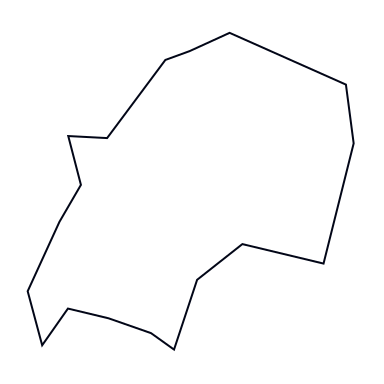 outline of Marikina, rotated 3°
{"feature_id": "PHL-5550", "entity_name": "Marikina", "entity_type": "Highly Urbanized City", "adm_level": 1, "iso_a3": "PHL", "parent_name": "Philippines", "parent_adm1": "", "projection": "natural_earth1", "projection_center": [121.115, 14.636], "detail": "fine", "context": "isolated", "style": "outline", "palette": "ink", "viewbox_px": 384, "rotation_deg": 3, "n_neighbors": 0, "source": "natural_earth", "source_scale": "10m", "svg_char_len": 381}
<svg xmlns="http://www.w3.org/2000/svg" viewBox="0 0 384 384"><g transform="rotate(3 192 192)"><path d="M221.2,31.1L340.1,76.7L350.9,135.0L327.1,256.6L245.0,241.4L201.7,279.4L182.3,350.3L158.5,335.1L115.3,322.5L74.2,314.9L50.4,352.9L33.1,299.7L61.2,228.7L80.7,190.7L65.5,142.6L104.4,142.6L158.5,61.5L182.3,51.4L221.2,31.1Z" fill="none" stroke="#020617" stroke-width="2"/></g></svg>